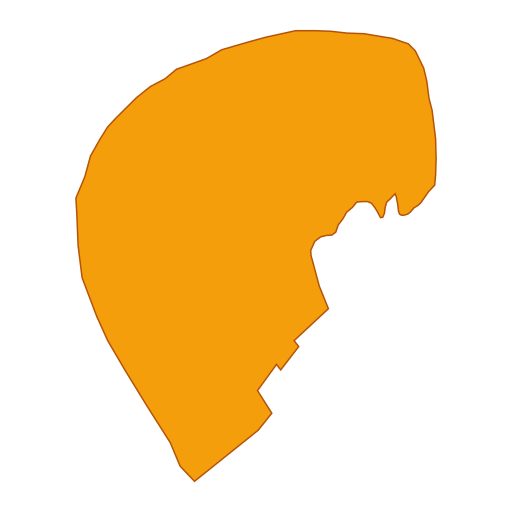 the district of Kulia, Tuvalu
{"feature_id": "33948139B40039870662783", "entity_name": "Kulia", "entity_type": "district", "adm_level": 2, "iso_a3": "TUV", "parent_name": "Tuvalu", "parent_adm1": "", "projection": "equal_earth", "projection_center": [177.336, -6.107], "detail": "fine", "context": "isolated", "style": "filled", "palette": "amber", "viewbox_px": 512, "rotation_deg": 0, "n_neighbors": 0, "source": "geoboundaries", "source_scale": "gbopen_adm2", "svg_char_len": 1208}
<svg xmlns="http://www.w3.org/2000/svg" viewBox="0 0 512 512"><path d="M194.5,481.3L258.2,430.2L271.8,413.2L257.5,390.6L276.5,364.4L280.7,369.9L298.7,346.6L294.1,340.6L328.4,308.7L319.3,286.2L312.7,261.6L311.1,255.9L310.7,250.5L314.8,241.3L320.6,236.9L326.5,235.4L331.8,235.1L335.8,232.1L338.2,225.0L343.1,218.5L346.6,212.2L352.3,207.5L356.7,202.1L361.8,201.6L367.7,201.6L371.5,203.3L374.8,207.5L377.2,211.4L380.5,217.6L382.7,217.3L384.5,213.1L385.2,207.2L386.7,202.1L390.2,198.9L392.4,196.5L395.1,193.8L396.2,196.5L397.5,203.3L398.6,211.6L399.7,214.3L401.5,215.2L404.1,215.2L407.9,214.0L410.5,211.9L414.0,207.8L418.0,205.4L420.9,202.7L428.6,191.6L434.7,185.1L435.6,175.0L436.1,159.0L435.6,138.8L432.1,110.3L429.0,98.4L426.8,81.2L423.7,68.1L415.3,50.9L408.3,43.8L392.4,38.4L378.3,36.1L364.2,33.7L347.0,33.1L331.2,31.3L315.7,30.7L295.5,30.7L265.5,37.3L250.5,41.4L245.0,43.0L221.8,49.7L206.4,58.6L176.4,69.3L165.0,78.8L150.4,86.5L136.3,97.8L116.0,118.0L107.7,126.9L100.2,138.8L90.5,156.0L84.8,176.8L75.9,198.1L76.8,213.6L78.1,245.6L82.1,277.7L96.7,316.3L107.7,340.6L124.9,370.0L147.3,406.5L170.3,442.7L179.5,464.7L180.4,466.5L192.4,479.1L194.5,481.3Z" fill="#f59e0b" stroke="#b45309" stroke-width="1.5"/></svg>